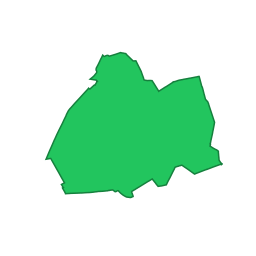 the district of Cenei, Timis, Romania, rotated 242°
{"feature_id": "2599482B59079858547145", "entity_name": "Cenei", "entity_type": "district", "adm_level": 2, "iso_a3": "ROU", "parent_name": "Romania", "parent_adm1": "Timis", "projection": "mercator", "projection_center": [20.902, 45.729], "detail": "fine", "context": "isolated", "style": "filled", "palette": "green", "viewbox_px": 256, "rotation_deg": 242, "n_neighbors": 0, "source": "geoboundaries", "source_scale": "gbopen_adm2", "svg_char_len": 5533}
<svg xmlns="http://www.w3.org/2000/svg" viewBox="0 0 256 256"><g transform="rotate(242 128 128)"><path d="M204.2,139.9L202.2,137.2L201.8,136.5L200.2,134.4L198.5,132.1L197.8,131.1L195.7,128.0L194.8,127.4L194.4,127.2L194.2,127.0L193.6,127.1L192.9,127.0L192.1,126.7L191.6,126.2L191.2,125.5L191.0,124.9L190.5,123.7L190.3,123.3L190.2,123.1L190.1,122.8L189.9,122.3L189.9,122.1L189.8,121.7L189.7,121.3L189.5,120.6L189.4,120.0L189.3,119.6L189.2,119.1L189.1,118.4L189.1,118.1L189.0,117.9L188.9,117.5L188.0,118.7L186.7,120.4L185.2,122.4L184.8,122.6L184.5,122.7L184.1,122.8L183.8,122.8L184.1,122.4L183.8,122.3L183.5,122.2L182.7,121.2L182.2,120.4L181.8,119.5L181.7,119.2L181.4,119.1L181.7,118.2L181.6,117.8L181.3,116.7L180.9,115.1L180.4,113.1L180.3,112.7L180.5,112.4L181.1,112.1L181.3,111.9L181.6,111.9L180.7,109.5L180.1,107.7L177.0,99.0L174.9,92.9L172.7,87.1L172.3,85.8L171.3,83.6L170.9,83.0L169.3,80.7L168.9,80.1L167.8,78.9L165.6,75.8L163.0,72.4L158.7,66.3L157.9,65.2L155.4,61.8L152.6,58.2L151.9,57.2L149.0,53.6L144.3,47.6L138.9,41.0L137.4,45.5L124.8,45.8L121.7,45.9L115.3,46.0L112.3,46.1L111.3,46.1L109.4,46.2L109.4,45.5L109.4,43.7L109.4,42.7L108.1,42.8L106.9,42.8L106.0,42.8L105.8,42.9L105.8,42.0L105.1,42.0L102.4,42.1L101.6,42.1L99.6,42.1L99.3,42.0L98.2,44.5L97.7,45.5L97.6,45.9L94.0,53.3L92.9,55.6L92.3,56.8L91.7,58.1L91.1,59.5L90.5,60.8L89.7,62.5L89.3,63.3L89.1,63.7L88.6,64.9L88.0,66.4L87.6,67.4L87.0,69.1L86.6,70.0L86.2,71.1L86.0,71.7L85.8,72.3L85.4,73.0L85.2,73.5L84.5,74.9L83.9,76.3L83.5,77.3L82.9,78.7L82.8,79.1L82.4,79.9L82.3,80.3L82.1,80.6L82.1,81.0L82.0,81.5L81.8,81.7L81.9,81.8L81.5,82.8L81.3,83.3L81.3,83.5L81.1,83.7L81.0,84.2L80.5,85.4L79.5,85.9L77.8,86.7L77.7,86.9L77.6,87.2L77.5,87.6L77.5,88.5L77.5,89.5L77.4,89.7L77.2,90.0L76.9,90.1L76.2,90.2L75.6,90.4L73.9,90.9L73.0,91.3L72.3,91.6L71.4,92.0L70.8,92.3L70.0,92.8L69.4,93.2L69.0,93.4L68.8,93.5L68.1,94.1L67.8,94.3L67.6,94.5L67.1,95.2L66.2,96.5L65.7,97.1L65.4,97.6L65.3,98.0L65.2,99.2L65.2,99.6L65.1,100.3L65.3,100.5L65.6,100.5L65.9,100.6L66.7,100.7L68.4,101.0L68.7,101.0L69.0,101.0L70.0,101.3L70.1,101.5L70.2,101.8L70.3,102.1L70.3,102.8L70.3,103.1L70.4,103.9L70.4,104.7L70.4,105.4L70.5,106.2L70.6,107.1L70.6,107.7L70.6,108.2L70.7,108.5L70.7,109.3L70.7,109.8L70.8,111.0L70.9,112.9L71.0,113.8L71.0,114.8L71.1,115.1L71.1,115.4L71.1,115.8L71.1,116.0L71.2,116.8L71.2,117.3L71.2,117.8L71.3,118.4L71.3,119.1L71.4,120.2L71.4,121.1L71.4,122.0L71.5,123.1L71.5,123.6L71.6,124.3L71.6,124.6L71.6,125.1L71.6,125.3L71.6,125.5L71.0,125.5L69.9,125.8L68.1,126.1L66.8,126.4L65.0,126.6L62.3,127.2L61.8,128.7L61.6,129.2L61.1,130.5L60.6,132.3L60.2,133.9L59.8,135.1L61.9,137.9L63.4,140.1L64.3,141.5L67.4,145.8L69.1,148.2L69.9,149.4L70.4,150.1L70.9,150.5L71.1,150.8L71.2,151.4L71.3,151.6L71.2,151.9L71.1,152.3L71.0,152.6L71.0,153.0L70.9,153.4L70.8,153.8L70.7,154.3L70.6,154.6L70.6,155.0L70.5,155.6L70.3,156.2L70.2,156.6L70.1,157.0L70.1,157.4L70.0,157.7L69.9,158.1L66.8,159.7L64.2,161.1L61.2,162.6L56.1,165.1L56.0,165.4L56.1,165.5L55.7,168.5L54.8,176.0L54.5,178.2L54.4,178.2L54.0,181.4L53.6,184.7L53.0,188.9L52.5,192.5L52.5,193.0L51.8,193.1L51.8,193.4L52.0,194.1L52.4,194.0L52.4,193.9L52.5,193.7L52.5,193.8L52.6,194.0L52.7,193.9L53.3,193.8L53.6,193.7L54.1,193.6L54.6,193.5L54.9,193.5L55.5,193.4L56.0,193.4L56.7,193.3L57.0,193.4L57.4,193.5L57.5,193.6L58.0,193.8L58.4,194.0L58.7,194.1L59.2,194.2L59.3,194.3L59.1,194.3L59.5,194.5L59.8,194.6L60.1,194.7L60.5,194.8L60.8,195.0L61.2,195.1L61.7,195.4L62.0,195.5L62.5,195.7L63.4,196.1L63.7,196.2L64.0,196.3L64.3,196.5L64.6,196.7L65.1,196.8L65.4,196.8L66.3,196.4L66.5,196.3L66.6,196.2L67.3,195.8L68.2,195.1L68.6,194.8L69.3,194.4L69.9,193.9L70.3,193.8L70.8,193.4L71.1,193.3L71.4,193.1L72.0,192.8L72.5,192.5L72.9,192.3L73.4,191.9L73.7,192.1L74.3,192.7L74.7,193.0L74.8,192.9L75.5,193.0L75.7,193.3L75.7,193.5L78.0,195.3L79.5,196.6L82.2,198.9L83.6,200.1L85.2,201.3L86.6,202.5L89.1,204.5L89.7,205.0L92.4,207.1L93.5,207.3L97.1,207.9L97.5,208.0L98.1,208.1L108.1,209.8L110.9,210.3L111.0,210.3L111.3,210.4L111.5,210.5L112.8,210.6L113.9,210.7L114.5,210.5L115.6,210.2L117.1,209.9L121.3,210.9L122.4,211.1L123.9,211.5L124.3,211.6L125.1,211.8L125.6,211.9L125.8,212.0L128.9,212.7L129.5,212.8L129.8,212.7L130.0,212.6L131.1,212.9L134.1,213.6L135.3,213.9L140.1,215.0L140.3,214.4L140.5,214.3L140.7,213.2L141.0,212.2L141.2,211.7L141.5,210.7L141.7,210.0L142.7,206.7L143.2,205.3L143.6,203.9L144.3,201.7L144.8,200.2L144.9,199.9L145.0,199.6L145.0,199.4L145.1,199.1L145.3,198.4L145.5,197.9L145.6,197.6L145.7,197.2L145.8,196.8L146.0,196.4L146.1,196.0L146.3,195.2L146.4,194.7L146.6,193.6L146.6,193.3L146.7,192.8L146.8,192.1L146.9,191.7L147.0,191.2L147.1,190.8L147.3,190.3L147.4,189.9L147.5,189.6L147.3,189.5L146.8,183.6L146.6,181.1L146.6,180.5L146.6,179.5L146.5,179.0L146.5,178.2L146.4,177.8L146.4,177.4L146.3,176.7L146.3,176.0L146.2,175.0L146.2,174.6L146.1,174.1L146.1,173.9L146.1,173.7L146.1,173.4L146.1,172.8L146.0,172.4L146.3,172.4L148.8,172.2L154.9,171.8L158.5,171.5L159.5,170.0L160.4,168.2L160.8,167.3L162.6,165.0L163.0,164.7L165.0,165.2L167.3,165.5L170.0,165.9L171.8,166.2L175.3,166.3L176.4,166.3L183.6,166.5L184.3,165.0L184.8,164.0L188.2,162.9L191.0,162.0L192.7,161.4L194.2,161.1L194.6,161.0L194.9,160.8L195.1,160.5L195.5,160.0L195.9,159.4L196.3,159.1L196.9,158.2L197.4,157.5L197.8,157.2L198.1,156.8L198.2,156.4L198.2,156.0L198.9,151.7L199.6,148.1L200.2,145.1L200.6,145.0L201.1,144.7L201.3,144.6L201.5,144.4L201.7,144.1L201.9,143.8L202.0,143.4L202.1,142.9L202.2,142.0L202.2,140.9L202.3,140.6L202.5,140.4L204.2,139.9Z" fill="#22c55e" stroke="#15803d" stroke-width="1.5"/></g></svg>